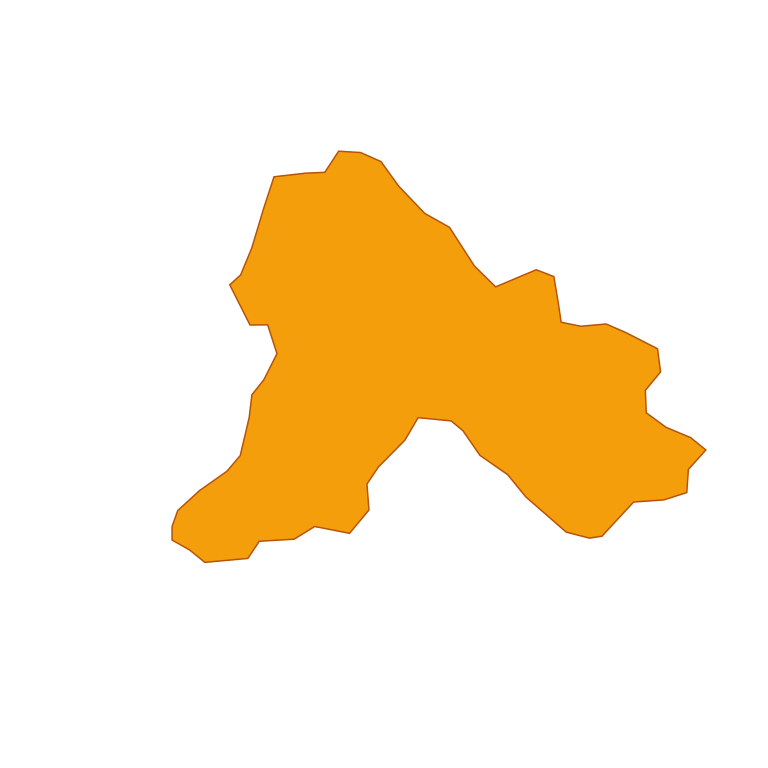 Lessebo, Kronoberg, Sweden, rotated 63°
{"feature_id": "70781695B14820024771032", "entity_name": "Lessebo", "entity_type": "district", "adm_level": 2, "iso_a3": "SWE", "parent_name": "Sweden", "parent_adm1": "Kronoberg", "projection": "albers", "projection_center": [15.351, 56.783], "detail": "fine", "context": "isolated", "style": "filled", "palette": "amber", "viewbox_px": 768, "rotation_deg": 63, "n_neighbors": 0, "source": "geoboundaries", "source_scale": "gbopen_adm2", "svg_char_len": 998}
<svg xmlns="http://www.w3.org/2000/svg" viewBox="0 0 768 768"><g transform="rotate(63 384 384)"><path d="M616.7,253.9L602.5,215.2L614.3,187.3L618.2,163.5L598.3,151.6L588.9,127.2L571.0,135.1L550.6,152.4L528.7,163.4L508.3,154.0L498.8,132.1L476.8,124.3L448.6,144.7L431.4,158.8L421.9,182.4L409.4,198.1L390.5,191.8L365.4,183.9L351.3,196.5L348.1,240.5L319.8,249.9L274.2,254.5L271.0,256.6L250.6,270.2L214.4,281.1L184.5,285.7L167.1,299.8L156.0,318.7L168.5,340.7L160.6,358.0L149.4,387.9L173.0,411.6L202.8,440.1L221.7,462.2L225.6,476.4L239.0,476.5L270.6,476.6L278.5,460.8L308.4,465.6L325.8,489.3L333.6,506.6L352.6,519.3L382.5,544.6L390.4,563.5L395.2,596.7L403.1,625.2L414.7,637.5L426.8,643.7L443.6,632.6L461.6,624.6L477.6,584.5L467.5,566.5L481.5,534.5L479.5,510.5L501.4,482.5L489.4,454.6L465.4,444.6L455.4,426.7L443.5,390.8L429.5,368.9L447.4,340.9L461.4,334.9L491.2,330.9L521.1,314.9L549.0,308.9L598.7,288.9L614.6,270.9L618.6,258.9L616.7,253.9Z" fill="#f59e0b" stroke="#b45309" stroke-width="1.5"/></g></svg>